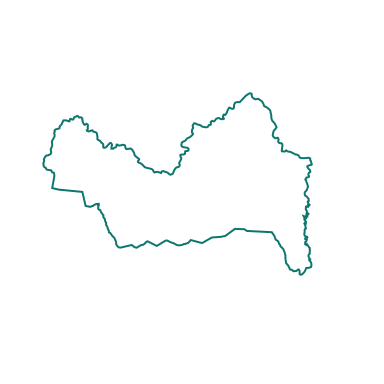 Victoria, Yoro, Honduras (Natural Earth projection), rotated 150°
{"feature_id": "27666195B67496121573402", "entity_name": "Victoria", "entity_type": "district", "adm_level": 2, "iso_a3": "HND", "parent_name": "Honduras", "parent_adm1": "Yoro", "projection": "natural_earth1", "projection_center": [-87.58, 15.094], "detail": "fine", "context": "isolated", "style": "outline", "palette": "teal", "viewbox_px": 384, "rotation_deg": 150, "n_neighbors": 0, "source": "geoboundaries", "source_scale": "gbopen_adm2", "svg_char_len": 6001}
<svg xmlns="http://www.w3.org/2000/svg" viewBox="0 0 384 384"><g transform="rotate(150 192 192)"><path d="M169.8,240.8L171.8,239.9L175.7,240.0L176.4,239.6L177.8,238.0L178.0,236.8L177.4,235.5L174.3,232.9L173.5,231.9L173.4,231.2L173.9,230.1L175.2,229.7L176.9,230.5L177.6,230.6L178.0,230.2L178.7,228.8L179.2,228.5L180.7,228.8L182.7,229.8L183.6,229.9L184.1,229.1L184.3,226.9L184.6,226.3L185.3,225.6L188.5,223.7L188.8,223.2L189.0,221.7L189.6,220.9L191.1,220.4L192.7,221.0L194.4,220.8L196.2,219.9L199.3,217.6L200.1,217.4L202.1,217.8L202.8,218.7L202.9,219.6L203.7,221.3L206.6,224.6L208.0,224.9L209.3,223.9L211.6,226.6L213.5,227.5L214.8,227.7L215.0,228.2L214.9,230.7L215.5,232.2L219.2,235.6L220.5,237.1L221.4,240.9L222.4,242.8L223.7,244.5L223.7,245.2L223.4,245.7L221.5,246.6L221.3,247.0L222.5,249.8L223.2,252.0L223.2,253.2L222.6,254.4L222.6,255.1L222.6,258.1L223.3,260.3L226.9,261.7L227.5,262.2L227.6,262.9L226.9,265.4L226.9,266.3L228.7,267.7L231.1,268.2L231.8,268.6L232.4,269.1L232.9,270.3L233.3,270.7L233.8,270.5L234.8,269.2L235.6,268.9L237.7,269.1L238.7,268.9L239.2,269.5L240.1,269.8L239.1,271.4L237.9,272.5L237.6,273.1L237.6,274.7L238.1,275.3L239.2,275.3L244.1,273.7L245.8,274.1L246.3,274.5L246.4,275.5L245.3,277.0L245.1,278.4L245.9,280.3L245.9,282.1L247.4,284.2L247.5,285.2L246.4,286.8L245.2,290.0L245.1,291.1L245.4,291.7L247.2,293.6L247.4,295.0L247.6,295.4L251.0,296.0L252.3,297.3L252.2,298.1L250.9,298.5L250.5,298.9L250.0,300.3L248.9,301.5L248.6,302.6L249.4,303.9L251.1,303.7L251.6,304.2L251.7,305.3L251.6,307.7L250.9,308.8L250.6,310.2L250.2,310.8L250.7,312.1L252.5,312.9L252.7,314.3L253.1,315.0L253.6,315.4L255.1,315.3L256.6,315.6L258.2,314.4L258.9,314.2L259.4,314.5L260.3,315.9L260.9,316.2L261.5,315.9L262.6,314.6L263.0,314.5L265.2,317.0L267.6,318.3L271.1,315.8L273.7,315.0L275.0,313.4L279.0,314.4L279.8,314.3L280.3,314.0L280.7,312.8L281.9,312.0L282.5,310.0L283.2,308.9L288.0,305.9L289.8,302.1L293.1,299.5L294.0,296.9L294.4,296.3L295.6,295.6L298.2,295.7L300.2,296.4L301.8,295.8L303.9,294.4L304.5,292.7L306.5,291.1L307.4,288.7L307.4,287.2L306.6,286.2L306.7,284.3L305.9,283.3L303.1,281.2L303.3,279.0L302.6,278.5L302.0,277.4L303.1,274.8L311.1,265.3L306.1,260.6L286.9,246.9L291.1,233.1L287.5,230.0L285.7,229.8L284.6,229.4L283.9,229.7L281.2,229.6L278.7,228.4L279.2,227.3L280.1,227.4L280.5,225.9L281.3,225.0L281.6,224.2L281.5,223.5L280.5,222.3L280.9,220.2L280.6,218.1L280.7,217.0L280.3,216.3L281.4,214.5L281.0,212.4L281.9,209.7L281.7,208.3L282.6,207.2L282.7,206.0L282.9,205.8L282.7,204.9L282.9,203.3L283.4,202.0L283.4,200.1L284.1,198.5L283.3,197.4L282.9,193.5L282.2,191.1L282.7,186.8L283.8,184.6L283.7,182.6L283.2,180.7L281.5,179.5L270.6,176.2L269.7,173.6L268.7,172.2L267.7,171.4L262.7,171.5L260.6,170.7L258.8,170.9L257.0,171.6L255.1,171.5L249.5,162.9L239.3,163.1L238.2,162.7L237.6,162.2L235.9,159.5L233.3,156.5L231.5,153.5L230.8,152.9L229.2,151.9L226.3,151.0L225.0,151.0L224.2,150.5L220.6,149.8L217.1,151.0L209.4,143.3L208.4,142.7L197.6,142.7L189.6,138.8L185.1,137.3L173.3,138.6L165.3,133.6L163.9,130.8L143.0,117.3L142.8,116.6L143.1,115.8L142.8,115.0L142.6,113.0L143.3,109.0L142.0,106.1L142.5,103.4L142.1,102.3L142.6,100.6L142.0,99.3L141.5,97.0L142.1,92.8L142.8,90.4L144.3,87.8L146.1,83.2L145.5,80.5L145.6,77.6L145.9,76.4L145.8,75.8L144.3,74.6L143.9,73.0L143.5,72.5L141.0,71.4L138.9,71.8L138.3,71.5L138.2,70.6L138.6,69.1L139.8,67.2L139.5,66.2L139.1,65.9L137.6,65.7L134.5,66.6L133.0,67.5L131.2,69.0L130.6,69.0L129.4,68.1L126.6,67.5L125.2,68.7L124.2,71.0L124.1,72.1L124.6,74.1L124.3,74.7L123.6,74.3L123.3,74.4L123.5,76.3L123.2,78.3L122.5,79.2L120.7,79.8L120.1,81.3L119.1,82.3L118.7,83.7L118.0,84.5L118.3,85.8L118.6,89.9L119.1,90.2L119.7,89.4L120.1,90.3L119.5,91.0L119.1,92.0L117.5,92.3L116.4,93.2L116.3,94.0L117.5,94.5L117.5,94.9L116.4,95.5L115.2,94.8L114.7,95.1L114.8,95.8L116.1,97.0L116.2,97.8L116.1,98.5L115.5,99.9L114.5,100.9L113.3,103.0L112.6,103.5L111.7,103.4L110.7,106.1L110.4,108.6L110.0,108.8L109.2,107.8L108.2,109.1L108.5,111.6L108.3,112.4L108.0,112.6L106.9,112.0L106.5,112.2L106.6,112.8L107.5,114.1L107.4,115.4L106.1,113.9L105.0,113.0L104.5,113.0L104.1,113.6L104.5,114.8L104.1,115.5L103.7,115.7L102.4,114.6L102.0,115.0L102.9,116.7L102.1,117.9L102.1,120.1L100.7,122.3L100.2,122.3L99.3,121.3L98.9,121.1L98.7,121.3L98.8,122.0L98.6,122.4L98.4,122.4L98.1,121.5L96.6,122.0L96.6,122.5L97.4,122.9L97.5,123.2L96.8,124.7L96.7,125.6L96.4,125.9L95.4,125.8L94.4,127.9L95.0,131.0L95.8,132.4L95.7,133.2L95.0,134.7L94.3,135.4L91.9,136.1L88.7,138.8L88.4,140.6L88.0,142.0L87.9,143.4L87.3,145.1L87.7,146.0L87.5,146.3L85.6,147.3L84.6,146.8L83.0,146.7L82.7,147.1L82.6,148.8L82.3,149.3L81.0,150.2L79.8,150.1L79.4,150.4L78.9,152.0L79.5,154.1L79.6,156.0L79.3,156.6L77.7,156.6L75.5,155.9L74.5,156.0L73.6,159.2L73.7,160.5L72.9,161.9L73.6,163.2L77.5,165.0L80.5,166.7L81.5,168.0L81.4,170.2L81.8,171.0L82.5,172.0L83.5,172.6L86.6,177.4L88.8,179.2L89.6,180.9L91.3,180.6L93.8,182.3L93.5,183.1L90.6,186.8L90.1,187.6L89.9,188.8L90.3,189.6L91.8,190.6L92.3,192.0L92.0,192.8L90.8,194.0L90.5,195.8L91.0,196.4L92.6,196.6L93.0,196.9L93.9,198.9L93.8,200.6L93.3,201.4L90.8,204.0L86.5,205.6L86.3,206.6L86.1,210.3L86.8,213.3L86.7,214.9L86.2,216.6L84.8,219.2L84.2,221.6L83.6,223.0L83.7,224.6L84.1,226.0L85.2,228.4L86.5,230.1L86.0,233.6L86.2,235.8L88.1,239.6L90.6,240.5L91.5,241.4L92.4,244.0L92.0,245.9L91.3,247.0L91.8,248.1L93.2,248.7L97.1,248.5L105.8,245.9L107.5,247.1L109.2,247.6L110.4,247.6L111.8,246.6L113.8,243.8L114.9,243.5L116.0,244.2L117.3,246.3L117.9,246.4L121.2,244.3L121.9,243.5L124.1,242.2L125.0,242.2L125.5,243.1L126.5,242.9L127.9,241.2L127.6,239.8L128.0,239.4L129.0,239.7L130.6,240.7L131.7,242.6L132.6,243.1L134.9,243.2L136.3,242.4L137.7,242.2L138.2,242.4L139.0,243.6L140.8,243.3L141.5,241.7L142.0,241.0L142.7,241.0L144.1,241.5L145.7,240.5L146.6,240.6L147.9,241.3L150.3,243.3L151.5,245.9L153.7,247.9L154.9,249.9L155.7,250.4L157.9,249.5L158.6,248.5L158.7,247.3L159.0,246.9L160.6,246.0L161.6,244.9L162.3,243.6L162.0,242.1L162.2,241.6L163.5,241.1L166.1,240.6L169.8,240.8Z" fill="none" stroke="#0f766e" stroke-width="2"/></g></svg>